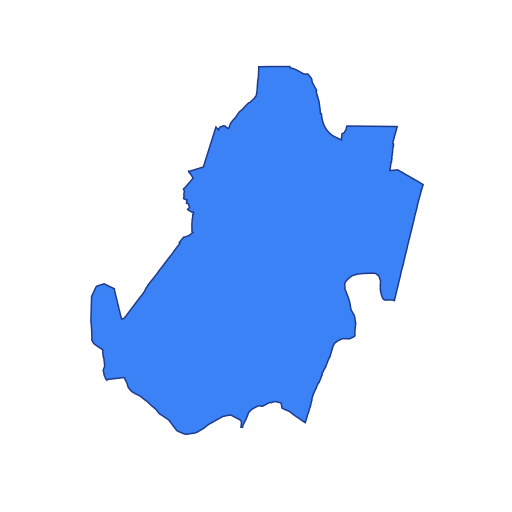 outline of Koggenland, Noord-Holland, Netherlands, rotated 287°
{"feature_id": "6326949B66554747402730", "entity_name": "Koggenland", "entity_type": "district", "adm_level": 2, "iso_a3": "NLD", "parent_name": "Netherlands", "parent_adm1": "Noord-Holland", "projection": "natural_earth1", "projection_center": [4.952, 52.648], "detail": "fine", "context": "isolated", "style": "filled", "palette": "blue", "viewbox_px": 512, "rotation_deg": 287, "n_neighbors": 0, "source": "geoboundaries", "source_scale": "gbopen_adm2", "svg_char_len": 6012}
<svg xmlns="http://www.w3.org/2000/svg" viewBox="0 0 512 512"><g transform="rotate(287 256 256)"><path d="M204.1,369.6L206.6,372.4L208.1,373.8L208.6,373.9L209.2,373.8L211.0,373.2L212.8,372.6L219.5,371.3L221.1,370.9L223.7,369.5L226.3,368.4L227.4,367.7L228.3,367.0L230.0,365.1L232.0,363.0L233.7,361.9L237.1,360.3L240.9,358.1L242.4,357.0L250.4,350.8L251.1,350.5L254.8,349.2L255.9,349.0L257.0,349.1L258.0,349.4L259.0,349.8L261.7,351.2L264.9,353.4L265.3,353.8L266.0,354.8L268.5,358.6L270.6,363.6L272.7,369.6L273.9,373.6L274.3,375.2L274.3,375.5L273.2,378.3L273.1,378.7L272.9,379.2L272.6,379.5L270.0,381.3L269.2,382.1L267.1,382.8L263.9,383.5L259.6,385.0L255.9,387.0L252.5,389.6L251.8,390.8L251.6,391.6L251.6,392.2L252.0,393.7L253.4,397.4L253.9,400.6L253.9,401.1L253.8,401.4L262.7,400.8L268.8,400.5L274.4,400.1L278.8,399.9L279.9,399.8L282.4,399.5L287.1,399.3L290.7,399.3L293.2,399.1L294.3,398.9L295.7,398.9L296.8,398.8L300.8,398.5L304.4,398.4L308.7,398.1L310.1,397.9L312.6,397.8L313.6,397.8L315.4,397.6L317.9,397.5L319.9,397.5L321.1,397.3L326.8,397.1L331.0,396.8L332.8,396.7L337.1,396.5L339.8,396.2L346.9,395.9L354.3,395.4L358.6,395.2L361.1,395.2L366.2,395.0L366.7,394.7L367.5,394.6L367.8,395.0L373.1,395.0L374.7,388.8L375.8,383.9L375.7,383.9L375.6,383.3L375.8,383.1L376.0,382.8L376.8,379.7L377.7,375.3L378.7,371.7L379.1,369.3L379.8,366.6L379.8,366.2L376.8,359.1L384.6,357.8L384.8,357.9L384.9,358.1L385.2,358.1L388.3,357.5L389.2,357.5L389.8,357.0L391.6,356.8L396.0,356.1L397.1,355.8L398.2,355.3L398.9,355.3L400.4,355.4L402.9,354.9L403.3,354.8L403.3,353.9L403.4,353.7L421.1,353.2L406.9,304.9L403.4,305.1L399.1,304.1L399.0,303.7L398.3,302.6L397.4,302.6L391.9,303.7L393.2,295.7L393.6,294.0L394.3,291.9L395.5,289.6L396.5,287.9L397.8,286.1L399.6,284.1L401.0,282.9L402.4,281.7L404.9,280.0L407.8,278.4L411.2,276.9L411.3,275.9L415.7,274.1L422.3,271.0L426.3,268.4L427.0,267.9L426.8,267.7L427.4,267.3L427.7,267.5L430.0,265.8L432.2,265.5L436.6,260.9L438.8,258.8L440.6,258.1L441.2,257.7L441.7,257.3L442.8,256.1L444.7,253.3L445.2,252.3L445.2,252.2L444.9,251.3L444.3,249.7L444.2,249.0L444.2,248.0L444.4,246.6L445.2,243.4L445.9,239.2L446.1,236.6L446.0,233.3L446.2,233.2L447.1,233.0L441.8,215.7L439.4,208.2L439.2,207.8L437.8,203.3L428.0,205.9L426.7,206.1L424.6,206.3L414.3,208.7L410.2,209.2L408.6,209.2L407.6,208.5L406.2,208.4L405.4,207.7L400.9,205.2L400.3,204.2L399.5,203.7L397.3,202.6L396.6,202.2L393.8,200.8L391.6,199.8L389.9,198.5L388.6,197.8L385.3,196.7L382.5,195.9L379.7,194.5L379.1,194.3L378.3,193.9L375.7,193.0L373.7,192.7L372.9,192.7L372.0,192.8L369.9,192.4L370.1,191.3L370.3,189.8L370.4,189.6L371.1,189.1L371.3,188.8L371.2,188.3L370.9,186.5L369.9,185.6L369.6,185.1L369.4,184.3L369.1,184.0L367.1,183.5L365.7,183.4L367.6,180.0L325.7,179.6L321.5,173.4L318.9,169.6L317.6,167.5L317.4,167.0L317.4,166.8L317.0,167.0L316.1,167.9L315.9,168.2L316.1,168.5L312.1,173.1L301.0,168.3L300.0,167.6L298.8,167.0L297.8,167.8L296.6,169.0L295.5,168.7L295.2,168.7L293.7,169.0L293.4,169.3L292.7,169.5L290.8,169.9L289.7,170.0L289.5,171.4L289.5,173.7L288.1,173.6L288.0,174.0L287.9,174.1L286.1,174.1L286.1,176.0L286.0,176.3L285.8,176.5L285.0,176.8L284.5,177.1L283.5,178.1L283.1,178.2L281.7,177.6L280.9,177.2L280.6,176.9L280.3,177.1L280.1,178.4L279.6,179.8L279.3,181.4L279.2,182.3L279.3,182.6L279.2,182.7L279.7,183.2L279.6,183.4L278.0,183.9L277.5,183.9L277.2,183.4L276.0,183.7L273.0,184.4L272.8,184.4L272.5,184.2L270.9,184.7L268.1,185.3L265.6,186.0L264.8,186.4L261.9,187.2L260.7,187.6L260.3,187.9L260.1,188.8L255.8,185.8L252.7,181.5L252.8,181.3L250.8,180.4L246.2,178.6L245.5,179.5L243.4,178.6L237.8,176.5L234.1,175.4L228.2,173.0L216.5,168.7L213.4,167.5L211.3,166.9L206.7,165.2L197.8,161.6L192.8,160.2L189.1,159.6L186.9,158.8L186.4,158.8L183.9,157.7L179.2,155.9L160.2,149.0L157.9,148.1L156.5,146.1L156.5,145.7L157.3,145.4L158.2,144.7L159.4,144.0L182.9,130.1L183.3,130.1L183.8,126.4L185.0,119.1L184.9,118.7L180.7,112.7L180.2,112.3L179.8,112.1L174.9,111.4L169.4,110.6L169.2,110.6L145.5,117.1L141.5,118.8L138.9,119.8L136.3,120.8L130.8,122.7L127.6,123.6L127.2,123.8L125.1,126.2L124.7,126.7L123.0,131.7L122.0,135.1L121.5,136.6L121.3,136.9L116.4,138.7L112.8,140.8L106.7,143.4L106.3,143.5L102.4,143.3L101.1,143.7L100.5,144.2L97.4,145.8L96.1,147.0L94.5,148.2L94.3,148.5L93.9,149.5L93.7,149.8L94.5,150.0L95.8,153.1L95.9,153.4L96.1,153.5L98.3,158.8L101.0,164.8L101.1,165.7L100.5,166.1L96.8,169.7L93.9,171.6L93.1,172.2L92.5,172.9L90.4,176.1L90.0,177.0L89.3,179.6L88.8,181.8L88.6,184.2L88.1,186.2L87.2,188.6L86.7,189.8L85.6,192.6L85.3,193.9L84.2,196.1L82.7,199.0L80.5,204.2L79.7,205.7L77.1,209.4L76.9,209.8L76.4,211.2L76.3,212.1L73.7,220.4L73.1,221.3L68.0,228.3L65.9,231.3L65.5,233.1L64.9,239.1L64.9,241.0L68.3,248.2L70.0,250.9L75.9,256.4L77.9,257.7L78.8,258.2L81.2,260.0L83.4,262.2L91.2,269.6L92.4,270.7L93.1,271.7L94.5,274.2L94.8,274.4L95.0,275.1L96.4,278.3L96.5,278.7L94.6,288.6L94.0,289.7L93.3,290.4L92.9,290.7L87.8,291.7L88.3,293.3L90.1,293.0L97.3,294.2L101.3,294.6L103.7,294.6L104.6,294.9L105.1,295.2L107.6,296.5L108.2,296.9L109.3,297.9L113.2,301.8L113.6,302.8L114.0,304.5L114.0,305.5L114.2,306.1L115.2,307.2L117.7,309.6L119.4,311.4L120.1,312.7L120.3,313.6L120.6,314.1L121.4,315.1L122.3,316.8L122.5,317.3L122.6,318.4L122.6,319.6L122.6,319.8L122.6,320.2L122.8,321.5L122.6,322.5L122.4,323.1L122.1,323.3L118.2,325.3L118.1,325.5L117.7,328.0L117.1,333.5L116.9,334.0L115.8,336.7L115.3,337.9L111.0,351.7L112.0,351.7L112.0,351.8L115.5,351.9L118.1,351.8L119.4,351.6L120.3,351.8L122.6,352.0L123.9,351.8L125.6,351.8L127.9,352.0L132.7,351.6L134.7,351.6L135.1,351.3L139.0,351.1L143.1,351.5L144.2,351.7L145.6,351.8L146.6,352.2L148.8,352.2L151.4,352.5L153.2,353.0L153.5,353.3L155.6,353.4L157.8,353.7L159.7,353.7L160.6,353.9L161.3,354.0L161.4,353.7L161.7,353.6L163.4,353.7L167.2,354.3L169.7,355.0L170.3,355.0L178.0,355.5L181.3,356.2L183.1,356.1L186.8,356.1L187.6,356.0L189.8,356.2L190.5,356.1L191.1,355.9L191.6,355.9L193.1,356.3L194.3,356.4L196.1,357.0L199.3,359.5L200.5,361.0L201.6,361.9L202.5,363.6L204.1,369.6Z" fill="#3b82f6" stroke="#1e3a8a" stroke-width="1.5"/></g></svg>